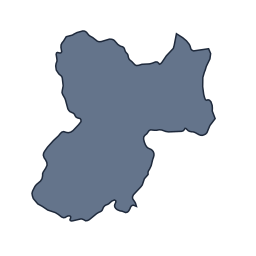 SVG path tracing the border of Gifu, rotated 189°
{"feature_id": "JPN-1841", "entity_name": "Gifu", "entity_type": "Prefecture", "adm_level": 1, "iso_a3": "JPN", "parent_name": "Japan", "parent_adm1": "", "projection": "natural_earth1", "projection_center": [137.038, 35.796], "detail": "fine", "context": "isolated", "style": "filled", "palette": "slate", "viewbox_px": 256, "rotation_deg": 189, "n_neighbors": 0, "source": "natural_earth", "source_scale": "10m", "svg_char_len": 3071}
<svg xmlns="http://www.w3.org/2000/svg" viewBox="0 0 256 256"><g transform="rotate(189 128 128)"><path d="M169.5,27.3L170.6,27.6L171.0,28.5L170.7,29.6L170.6,30.6L170.8,31.5L171.8,32.1L173.4,31.8L174.8,30.9L176.0,29.8L177.6,29.3L179.6,29.7L183.4,31.8L186.6,33.1L194.4,34.4L200.4,37.2L205.2,38.9L210.5,43.5L211.8,46.0L212.6,48.4L212.4,50.6L211.0,55.1L210.3,56.7L209.3,58.2L206.1,61.9L205.0,64.4L204.9,66.3L204.9,67.6L205.2,69.6L204.8,71.3L203.0,75.4L202.1,78.6L202.8,81.3L204.4,83.6L206.2,85.5L207.4,87.9L207.4,89.9L206.8,91.8L204.5,96.5L199.7,103.9L195.4,109.4L194.0,111.9L192.7,113.6L191.0,114.4L188.4,114.0L186.3,114.0L184.0,114.9L181.9,116.8L177.3,123.5L175.4,127.0L175.8,128.8L176.7,129.8L179.6,130.1L181.1,130.7L182.2,131.9L183.0,133.2L184.4,134.1L187.9,135.1L189.2,136.1L190.4,137.5L193.9,145.4L194.9,147.3L197.7,150.8L198.7,152.6L198.8,154.5L198.6,159.5L200.8,167.3L201.3,168.1L201.6,168.6L202.3,169.1L204.8,170.6L207.9,174.0L209.1,177.9L209.1,180.4L208.6,183.0L209.0,184.9L210.5,189.5L210.3,191.0L209.5,191.6L206.8,191.4L205.9,191.9L205.4,193.0L206.8,197.0L207.1,199.6L206.4,201.9L205.3,203.7L203.3,208.5L197.4,211.1L196.2,212.2L193.3,214.3L187.8,216.8L185.9,216.9L184.0,216.1L181.3,213.6L179.5,212.7L177.0,211.8L171.8,208.9L170.1,208.7L168.1,209.1L160.2,212.9L157.8,213.1L156.3,212.8L155.2,212.3L151.2,209.0L149.6,208.2L148.1,207.6L146.2,207.4L145.2,207.0L144.2,206.2L142.7,203.3L141.7,202.2L140.5,201.3L139.9,200.7L139.4,199.9L138.7,197.9L138.0,196.6L137.0,195.6L134.5,194.1L131.1,191.5L129.6,191.0L127.9,191.4L127.0,191.7L124.2,193.1L116.7,194.7L114.2,195.8L111.3,197.5L110.3,197.7L109.3,197.7L107.7,196.7L107.0,195.9L105.8,196.6L104.8,198.0L101.4,205.3L95.7,213.7L95.3,216.9L94.9,228.7L88.0,225.7L83.9,223.2L80.6,220.2L79.5,218.6L78.2,215.8L76.9,214.8L75.3,214.4L60.8,218.9L58.0,214.4L57.9,209.1L60.3,201.1L60.8,197.3L61.3,195.2L62.0,189.6L60.7,180.5L58.5,173.1L57.2,170.1L56.0,168.1L54.6,167.7L53.4,168.4L51.9,168.2L50.2,166.9L48.4,163.5L47.8,161.0L47.4,157.9L43.4,150.9L47.5,143.3L49.3,135.8L50.4,134.2L51.8,133.2L53.3,132.4L55.0,132.2L56.8,132.5L61.0,134.0L63.0,134.4L64.9,134.2L66.4,134.3L68.0,134.7L70.6,136.5L71.6,136.6L72.2,135.2L72.9,134.0L74.5,133.1L87.4,130.5L90.2,130.5L94.4,131.3L96.7,131.2L99.5,130.2L101.6,129.9L105.4,129.7L106.8,128.7L108.5,125.3L110.1,123.5L111.0,121.8L110.9,119.6L109.7,116.7L108.1,114.0L106.5,112.2L105.0,111.3L101.8,110.4L100.4,109.6L99.3,108.5L98.5,107.1L98.1,105.3L98.2,103.4L98.7,100.8L99.2,94.5L100.3,90.7L101.1,88.8L101.3,87.5L100.9,85.2L103.9,80.4L105.0,74.0L106.1,71.9L112.2,62.9L112.8,60.6L112.3,58.8L109.7,56.0L108.8,54.8L107.4,51.9L110.4,52.6L111.4,52.4L112.5,51.5L113.1,50.2L113.5,48.4L114.3,46.3L115.3,44.9L117.0,44.1L120.8,44.9L122.9,44.9L125.8,45.6L127.5,46.6L128.6,47.8L129.1,49.0L129.1,50.2L128.4,53.1L128.8,54.3L130.2,54.8L132.6,53.2L135.2,50.1L136.1,49.4L137.5,48.6L138.7,47.7L139.8,46.0L140.2,44.5L140.6,42.9L141.2,41.9L142.1,41.1L143.7,40.1L145.5,38.6L151.8,31.5L153.4,30.3L155.3,29.7L157.1,30.4L158.6,30.8L160.1,30.9L168.0,27.7L169.5,27.3Z" fill="#64748b" stroke="#1e293b" stroke-width="1.5"/></g></svg>